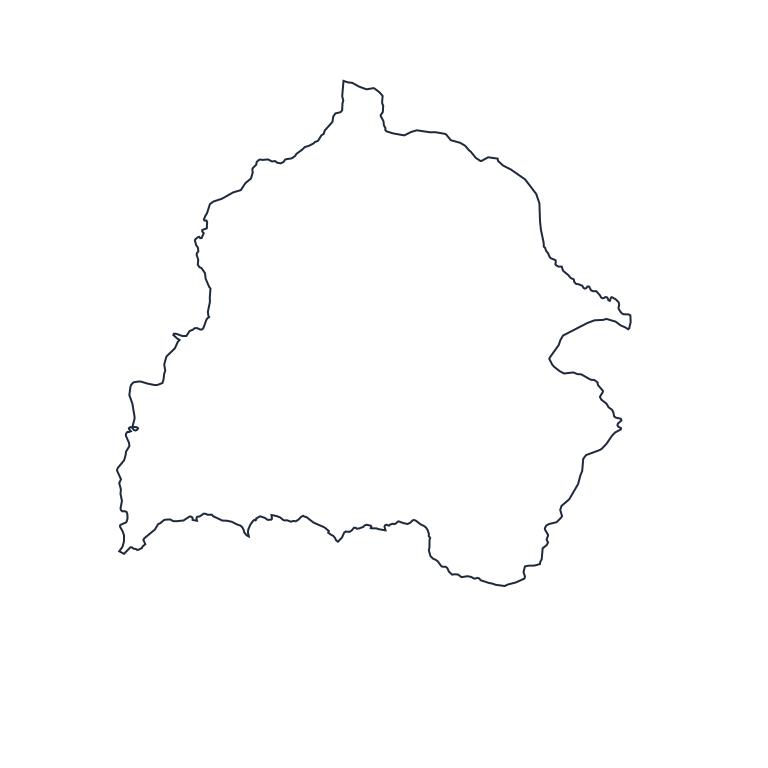 Remexio, Aileu, East Timor, rotated 115°
{"feature_id": "22284137B74211319076421", "entity_name": "Remexio", "entity_type": "district", "adm_level": 2, "iso_a3": "TLS", "parent_name": "East Timor", "parent_adm1": "Aileu", "projection": "natural_earth1", "projection_center": [125.716, -8.631], "detail": "fine", "context": "isolated", "style": "outline", "palette": "slate", "viewbox_px": 768, "rotation_deg": 115, "n_neighbors": 0, "source": "geoboundaries", "source_scale": "gbopen_adm2", "svg_char_len": 6166}
<svg xmlns="http://www.w3.org/2000/svg" viewBox="0 0 768 768"><g transform="rotate(115 384 384)"><path d="M126.4,548.8L140.9,543.5L144.3,540.7L147.3,540.2L153.6,537.6L155.4,538.0L156.5,538.8L159.3,542.4L163.0,543.0L168.3,541.5L178.5,544.6L180.1,544.8L182.7,544.3L185.1,545.8L191.6,546.6L193.8,548.8L195.8,549.6L199.9,552.7L202.7,555.9L206.2,557.2L212.6,560.7L214.9,560.9L217.7,562.5L218.8,563.4L221.7,567.8L222.4,568.4L225.3,568.9L227.7,570.9L228.6,574.3L228.0,576.9L229.6,579.5L229.5,584.1L232.2,588.7L233.0,591.3L234.1,592.2L236.5,593.2L239.3,592.5L243.9,594.2L244.9,594.1L248.0,592.3L254.0,591.4L260.5,594.5L268.8,595.7L274.1,601.7L284.6,609.2L290.6,615.6L294.5,617.8L303.9,616.6L307.9,617.0L311.2,616.7L311.7,615.3L310.9,614.0L311.8,612.8L317.8,610.4L321.2,613.8L322.6,613.2L323.5,611.1L328.8,611.0L329.5,612.2L328.7,613.7L329.9,614.9L332.8,616.2L333.7,616.1L337.6,612.9L338.9,610.5L340.2,609.5L342.4,608.3L344.3,608.9L345.9,608.6L350.0,604.8L354.6,603.2L356.2,600.5L356.0,599.1L356.3,598.0L359.2,593.1L364.0,590.1L369.8,583.6L370.8,581.6L379.1,578.5L383.1,576.5L393.1,574.1L396.4,572.0L397.2,570.8L399.3,571.9L401.3,572.1L408.3,571.4L410.6,571.5L411.7,572.2L412.3,573.5L412.3,576.9L413.4,579.1L415.4,580.1L418.2,582.6L424.0,583.4L425.7,586.9L426.3,593.3L427.1,595.6L428.6,595.7L430.1,590.9L430.5,587.9L432.9,588.7L440.0,588.6L450.7,592.7L451.9,592.7L459.3,591.4L464.3,587.9L467.4,587.6L473.2,585.7L476.7,585.2L480.5,588.8L481.8,591.1L483.6,598.6L484.6,605.6L485.5,607.5L488.0,611.3L489.4,612.2L491.9,612.8L494.1,612.5L501.7,610.1L508.1,603.8L518.7,596.5L520.8,595.4L528.6,594.0L528.7,592.9L527.7,590.0L528.0,588.2L529.6,588.3L531.1,589.4L531.4,591.1L530.1,593.7L530.2,595.6L531.8,596.6L532.8,595.8L533.8,593.4L535.3,594.8L535.9,596.3L538.1,596.8L540.0,596.1L545.0,590.3L547.9,588.5L554.3,589.2L557.8,588.1L563.0,587.3L572.6,589.8L575.2,589.5L581.5,582.1L585.7,582.1L590.7,577.9L594.9,576.4L600.7,572.1L608.1,570.2L609.1,569.5L609.7,568.7L609.8,566.8L608.9,565.4L608.7,563.3L610.4,561.6L614.3,559.6L617.6,559.1L618.6,559.4L623.0,563.3L624.0,563.4L625.1,562.7L627.9,558.7L631.1,555.6L636.7,553.1L642.4,552.2L647.5,553.3L647.8,547.9L639.1,544.8L638.6,543.4L639.1,541.3L638.4,539.1L638.7,537.6L637.5,536.0L634.9,534.1L633.2,534.1L630.1,532.6L627.0,536.2L625.0,536.0L612.7,530.1L606.4,529.5L604.8,528.0L600.2,525.8L599.0,524.2L597.1,520.5L597.4,517.1L595.9,513.8L592.4,508.0L586.4,504.3L585.7,503.1L586.1,501.0L588.1,500.0L587.0,495.7L584.8,497.3L583.4,497.3L581.8,495.0L577.7,492.6L577.0,490.7L577.1,488.7L575.2,484.8L576.0,483.1L576.1,472.7L574.5,469.2L573.2,463.9L573.4,457.7L573.0,454.5L573.7,451.9L575.6,449.5L577.5,448.0L579.2,444.6L579.3,442.1L575.7,444.8L573.1,445.5L568.0,445.7L563.4,444.8L562.0,444.1L561.9,442.8L561.1,442.5L559.9,443.0L556.3,440.4L555.7,435.7L556.3,431.9L554.5,428.8L553.5,428.6L550.3,430.6L549.8,428.6L549.1,425.6L548.8,421.7L549.8,418.0L549.6,416.2L548.5,414.4L548.1,410.1L546.4,408.2L545.7,405.9L543.2,404.3L539.3,402.9L537.6,401.5L537.8,400.2L537.4,397.9L539.4,389.3L539.1,377.4L540.6,371.8L542.3,371.8L543.0,368.4L543.0,365.9L544.3,363.2L545.9,361.4L546.4,359.1L540.9,357.2L535.7,357.3L533.9,356.4L532.6,352.8L530.5,351.4L527.0,350.5L526.3,348.8L526.7,347.5L525.3,345.4L522.4,342.5L520.6,341.9L519.0,340.5L518.0,336.3L518.5,335.2L520.2,335.2L520.2,334.6L518.0,329.9L517.9,327.8L516.0,320.8L513.0,323.3L511.6,323.3L510.9,322.6L510.4,322.1L510.3,319.6L508.7,319.0L506.9,316.9L506.6,315.4L505.3,314.2L503.1,313.4L502.3,312.7L501.9,307.7L500.9,303.4L498.3,301.4L495.4,300.4L494.6,299.3L494.4,297.4L495.7,291.6L495.8,287.7L496.3,285.4L497.7,283.0L500.8,280.0L502.9,279.2L504.0,277.1L505.9,276.9L512.8,273.8L515.9,273.0L520.4,269.1L521.6,265.6L521.5,263.0L522.0,260.3L524.6,255.6L525.0,254.1L523.6,250.9L524.1,248.8L526.6,245.9L528.0,241.8L526.5,239.4L525.4,236.4L526.3,232.1L522.9,227.1L522.0,223.3L522.3,220.5L521.8,219.1L520.2,217.4L520.0,215.6L521.0,213.4L520.0,205.0L519.0,200.8L518.8,197.9L516.1,189.3L513.3,186.9L508.2,180.7L501.0,174.5L499.0,174.8L495.6,178.0L489.8,179.2L487.8,176.6L484.9,170.8L481.3,166.6L479.4,167.2L476.2,167.0L465.8,170.8L461.4,168.5L458.2,168.4L456.4,170.8L451.5,171.4L448.2,176.2L447.1,177.1L445.3,177.3L443.7,177.1L441.3,175.4L436.3,169.2L430.4,167.0L428.5,166.8L423.6,171.1L419.4,171.6L410.2,167.4L392.6,165.8L383.8,167.4L379.1,167.6L367.6,171.8L363.0,170.8L352.8,160.7L350.6,159.2L344.1,157.1L334.0,155.4L330.2,154.0L325.1,150.2L323.8,150.6L323.7,153.5L322.8,155.0L320.9,155.3L316.8,153.4L315.4,154.7L316.5,159.6L316.1,161.7L312.4,164.5L311.0,166.5L310.2,170.6L307.9,173.8L306.3,180.5L304.4,182.9L298.6,182.3L297.7,182.7L294.5,189.7L292.3,191.2L291.5,195.0L292.6,197.9L292.7,199.5L291.9,209.3L293.3,213.0L293.5,217.3L298.4,225.3L298.1,230.2L296.5,237.2L295.2,239.9L291.4,244.8L289.8,244.9L274.8,242.1L269.5,242.7L264.4,242.2L242.8,225.5L237.3,220.1L233.3,212.5L231.0,209.9L229.6,200.5L230.9,194.0L230.7,189.4L231.2,185.9L230.0,185.3L223.7,186.6L217.7,189.7L217.5,191.5L219.5,196.3L219.5,197.9L219.0,199.5L216.9,202.9L215.8,203.7L213.1,204.2L210.8,205.8L209.3,209.9L209.0,214.3L210.0,214.8L213.2,214.5L213.2,216.0L211.3,218.1L211.3,219.2L211.7,220.2L212.9,220.8L214.0,222.4L213.8,223.8L212.4,225.7L210.2,230.7L211.5,233.7L211.6,236.0L209.0,239.2L209.6,240.8L211.7,241.2L212.7,242.4L212.6,243.8L211.1,245.9L211.4,249.8L212.1,252.3L211.0,254.8L209.0,256.2L209.0,259.6L207.4,263.0L205.9,268.9L205.2,270.1L202.5,272.5L203.9,275.5L203.6,278.5L202.9,279.4L200.9,279.8L199.3,280.8L199.5,286.2L198.6,287.9L196.1,290.6L194.8,293.4L192.6,295.4L192.0,297.2L188.5,299.0L178.0,306.9L170.7,311.3L154.6,319.5L147.5,326.3L139.7,341.1L138.9,342.9L136.0,359.5L135.7,368.3L133.7,374.9L131.7,376.3L134.5,385.4L140.6,389.9L141.1,390.8L140.3,396.3L136.8,403.5L136.3,405.6L133.8,411.1L133.2,416.9L134.8,426.5L131.6,433.1L131.5,434.4L134.1,443.9L136.4,448.6L140.2,461.5L144.2,466.0L150.1,470.7L153.0,481.5L153.9,487.9L153.7,489.4L153.1,490.3L151.5,490.8L149.7,493.3L146.0,495.6L142.5,500.3L141.5,500.6L138.0,500.0L132.0,502.4L130.7,504.0L129.2,504.9L123.5,507.0L121.6,511.2L120.2,517.3L120.3,518.6L124.1,524.0L124.4,525.2L125.0,532.1L124.5,540.2L125.9,544.2L126.4,548.8Z" fill="none" stroke="#1e293b" stroke-width="2"/></g></svg>